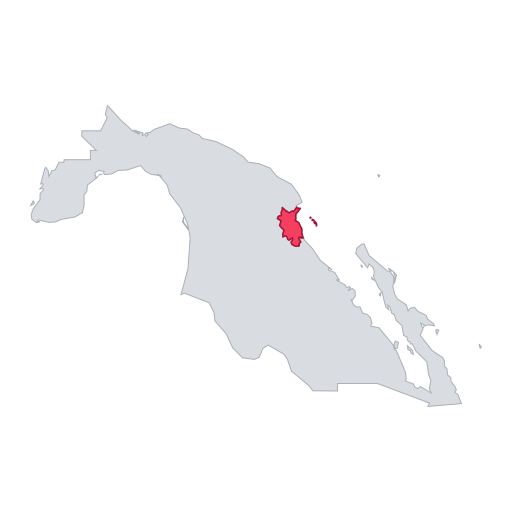 where Nayarit sits in Mexico, rotated 180°
{"feature_id": "MEX-2721", "entity_name": "Nayarit", "entity_type": "State", "adm_level": 1, "iso_a3": "MEX", "parent_name": "Mexico", "parent_adm1": "", "projection": "robinson", "projection_center": [-105.251, 21.861], "detail": "fine", "context": "in_parent", "style": "filled", "palette": "rose", "viewbox_px": 512, "rotation_deg": 180, "n_neighbors": 0, "source": "natural_earth", "source_scale": "10m", "svg_char_len": 8310}
<svg xmlns="http://www.w3.org/2000/svg" viewBox="0 0 512 512"><g transform="rotate(180 256 256)"><path d="M50.6,108.5L84.1,105.5L82.4,108.9L134.9,128.6L174.4,128.5L174.5,121.0L199.1,121.2L203.3,126.5L220.5,140.8L224.7,152.9L227.8,157.6L243.9,167.0L249.1,163.5L252.9,154.6L257.8,152.6L269.4,154.2L279.2,164.0L285.8,178.2L297.1,191.1L297.9,199.2L303.0,209.3L327.7,218.9L331.0,217.4L324.0,243.4L321.8,274.6L323.1,281.3L329.6,290.2L328.3,295.1L328.6,290.2L323.2,282.6L325.0,289.6L331.6,304.3L342.3,318.3L344.8,327.0L352.3,335.9L350.2,335.7L354.5,337.8L353.1,336.5L360.9,337.7L366.4,340.7L371.4,346.5L384.4,342.1L394.0,341.5L400.4,338.1L407.1,337.4L408.4,338.7L408.0,340.5L413.5,341.7L417.2,338.9L416.1,334.3L414.3,335.5L414.8,334.5L424.6,326.9L425.2,320.6L428.0,317.0L427.9,306.9L429.6,299.4L437.1,295.0L450.5,292.7L456.4,290.1L463.0,289.6L473.9,292.2L474.7,290.5L471.9,290.4L475.5,289.3L480.0,292.6L480.9,297.1L478.8,303.1L472.0,312.3L471.9,318.4L468.4,322.1L469.1,323.5L472.2,323.0L469.0,326.9L469.0,328.4L471.3,327.9L467.3,343.3L466.2,344.7L463.8,341.2L463.2,335.4L460.1,341.4L456.9,341.9L453.0,349.8L448.2,349.7L447.9,352.3L421.5,352.3L421.7,361.6L415.7,361.6L430.3,375.9L430.0,381.2L411.3,381.2L404.8,394.4L406.7,397.7L404.5,406.5L390.8,391.5L379.8,381.5L373.1,377.7L372.4,378.6L378.6,382.1L369.0,379.0L369.6,376.6L367.1,377.6L365.5,375.5L363.8,377.8L367.0,378.9L362.1,379.5L357.4,382.8L342.3,388.2L332.5,383.9L324.3,382.9L318.7,379.0L313.2,377.3L309.6,373.5L296.2,370.5L279.4,362.5L268.5,355.0L263.9,349.9L252.6,348.2L241.9,343.9L235.1,335.5L220.4,327.6L212.5,316.5L209.9,309.7L215.7,306.5L214.8,303.7L212.1,302.7L216.1,297.6L216.5,291.4L213.3,289.3L210.2,283.2L210.2,277.6L208.1,272.6L199.4,263.2L191.8,251.8L180.0,242.1L183.4,243.9L183.6,241.8L177.4,239.7L172.7,232.0L176.0,232.2L166.9,227.0L165.6,224.4L162.2,225.4L161.6,224.2L164.2,221.2L159.8,223.5L157.1,221.3L156.6,216.2L159.8,211.7L161.0,212.6L158.8,207.9L155.9,205.0L152.0,205.1L149.4,198.9L144.7,197.5L141.9,194.8L140.0,189.4L141.3,185.9L133.0,184.2L118.5,166.7L117.7,162.6L115.6,161.3L106.5,139.7L105.8,133.1L106.8,131.0L98.8,128.2L97.0,124.7L94.4,123.5L91.6,125.5L80.8,119.0L82.7,123.2L81.1,131.3L83.5,137.8L85.2,150.1L96.2,161.0L99.7,168.3L101.3,167.9L102.1,170.2L103.8,170.4L105.3,175.1L108.4,176.6L110.1,186.5L115.8,191.5L117.6,197.1L120.3,198.9L122.2,205.5L124.4,207.1L123.2,202.2L126.3,205.0L130.0,220.2L133.6,224.6L138.5,235.5L137.7,240.1L138.8,244.2L142.9,248.2L144.4,244.2L156.3,258.5L155.2,263.8L150.5,267.7L147.9,268.2L142.9,256.4L124.2,240.7L122.5,240.9L118.7,236.0L118.0,232.6L119.1,225.2L117.5,218.2L114.7,213.2L105.7,207.1L103.9,201.1L102.2,203.6L97.6,204.8L94.2,200.7L85.7,196.6L84.5,193.0L78.2,188.0L77.6,186.2L84.2,187.2L88.0,185.7L88.0,187.3L91.2,189.0L90.0,185.0L88.5,184.7L91.8,176.6L79.6,161.2L69.4,154.5L67.6,151.2L67.6,145.5L65.2,143.6L64.4,137.2L61.3,134.4L60.9,130.6L56.5,124.6L55.7,121.8L57.2,119.8L54.1,117.4L50.6,108.5ZM117.9,167.0L116.8,170.9L113.5,169.6L114.9,163.7L116.9,163.1L117.9,167.0ZM104.5,166.2L99.8,162.0L98.6,157.6L101.0,159.0L101.6,161.4L104.0,162.1L104.5,166.2ZM478.9,311.1L477.7,309.8L478.2,308.0L481.3,306.5L478.9,311.1ZM118.9,240.8L115.5,236.8L117.6,228.6L117.0,235.9L118.9,240.8ZM75.8,182.5L73.2,181.9L75.0,177.5L76.2,180.8L75.8,182.5ZM32.9,168.0L30.7,165.2L31.2,163.9L32.0,164.0L32.9,168.0ZM121.7,241.0L123.8,244.1L119.5,241.0L121.7,241.0ZM197.9,289.5L197.5,290.8L196.4,290.3L196.0,288.0L197.9,289.5ZM139.8,232.6L140.6,235.1L138.3,232.0L139.8,232.6ZM131.6,216.1L132.9,217.2L131.0,219.5L131.6,216.1ZM134.3,337.0L133.4,337.3L132.2,336.3L133.2,335.0L134.3,337.0ZM411.7,337.5L409.4,338.1L413.4,336.7L411.7,337.5ZM151.1,246.8L149.9,246.6L149.7,244.2L151.1,246.8Z" fill="#d9dde1" stroke="#a8b0b8" stroke-width="1"/><path d="M215.3,304.8L215.0,304.1L214.6,303.6L214.3,303.5L214.2,303.6L213.9,303.9L213.6,304.0L213.1,303.7L212.6,303.7L212.1,303.4L211.8,303.6L211.7,303.4L211.8,303.2L212.0,303.1L212.5,302.9L212.6,302.5L212.8,302.3L212.9,302.0L212.9,301.8L213.0,301.7L213.4,301.4L213.7,300.7L214.1,300.3L214.3,300.3L214.4,300.1L214.7,299.8L214.8,299.5L214.9,299.3L215.0,299.1L215.3,299.1L215.5,299.1L215.9,298.8L216.1,298.6L216.2,298.1L216.1,297.6L216.0,297.4L216.2,297.0L216.1,296.5L216.4,296.2L216.2,294.9L216.0,293.9L216.2,293.1L216.3,292.8L216.6,292.4L216.8,292.2L216.7,291.7L216.6,291.4L216.5,291.2L216.3,291.0L216.2,290.9L215.9,291.0L215.7,291.1L215.4,290.8L214.9,290.5L213.9,289.8L213.5,289.6L213.0,289.1L212.8,288.4L211.6,285.8L210.4,283.7L210.2,283.1L210.1,282.2L210.2,279.8L210.1,278.8L209.7,277.3L209.4,276.0L209.2,275.2L209.0,274.7L209.3,274.9L209.5,275.3L209.7,275.6L210.0,275.3L210.0,275.1L209.9,274.7L209.9,274.4L209.8,274.1L210.1,274.1L210.4,274.0L210.7,273.9L211.0,274.0L211.4,274.3L211.6,274.5L211.8,274.7L212.3,274.9L212.8,274.8L213.1,274.5L213.1,273.9L213.0,273.5L212.9,273.1L212.8,272.7L212.7,272.3L212.6,272.2L212.4,272.1L212.5,271.9L212.5,271.7L212.4,271.6L212.2,271.5L212.1,271.4L211.9,271.1L211.8,270.9L211.7,270.8L211.6,270.7L211.4,270.6L211.2,270.4L211.2,270.2L211.3,269.9L211.5,269.6L211.8,269.2L212.0,269.0L212.2,268.8L212.5,268.5L212.8,268.3L213.0,268.1L213.1,267.9L213.1,267.7L212.9,267.3L212.8,267.1L212.7,266.9L212.7,266.7L212.8,266.4L213.0,266.1L213.2,265.9L213.5,265.9L213.9,265.9L214.6,265.9L215.4,265.8L216.2,265.8L216.9,265.9L217.6,266.2L218.3,266.5L219.0,266.9L219.6,267.3L219.9,267.5L220.1,267.6L220.2,267.8L220.4,268.2L220.5,268.6L220.7,269.0L220.9,269.5L221.0,269.9L220.9,270.1L220.6,270.5L220.3,270.8L220.0,271.0L219.8,271.3L219.6,271.5L219.5,271.8L219.5,272.2L219.5,272.6L219.4,273.2L219.4,273.7L219.5,274.0L219.9,274.0L220.3,273.8L220.7,273.4L221.0,273.2L221.4,272.8L221.8,272.5L222.3,272.1L222.7,271.8L223.0,271.8L223.4,272.1L223.9,272.4L224.2,272.6L224.3,272.8L224.4,273.0L224.5,273.2L224.5,273.4L224.6,274.0L224.8,274.5L225.0,275.0L225.4,275.4L225.7,275.6L226.1,275.9L226.6,276.1L226.9,276.1L227.4,275.9L228.0,275.6L228.5,275.4L229.0,275.1L229.1,275.8L229.1,276.4L229.2,277.1L229.3,277.7L229.3,277.9L229.2,278.2L229.1,278.4L229.1,278.6L228.9,279.2L228.7,279.7L228.5,280.3L228.3,280.8L228.1,281.3L228.1,281.6L228.1,281.9L228.4,282.2L229.0,282.7L229.6,283.3L230.1,283.8L230.7,284.4L231.1,284.9L231.6,285.4L232.0,286.0L232.4,286.6L232.3,286.8L232.2,287.3L232.0,287.8L231.9,288.1L231.8,288.3L231.7,288.6L231.7,288.9L231.6,289.1L231.5,289.7L231.3,290.1L231.1,290.5L230.8,291.0L231.7,291.6L232.7,292.2L233.6,292.8L234.5,293.3L234.4,293.5L234.3,293.8L234.3,294.5L234.3,294.8L234.1,295.1L233.2,295.9L233.0,296.1L232.6,296.2L231.5,296.2L231.0,296.3L230.9,296.3L230.7,296.6L230.6,296.8L230.6,297.1L230.7,297.5L230.8,297.8L230.8,298.1L230.9,298.4L230.9,298.7L230.9,298.8L230.9,299.0L230.9,299.3L230.8,299.7L230.8,300.0L230.6,300.3L230.5,300.5L230.4,300.8L230.1,301.4L229.9,301.9L229.8,302.3L229.8,302.9L229.8,303.2L229.8,303.4L229.8,303.7L229.8,303.9L229.8,304.1L229.8,304.3L229.7,304.4L229.4,304.2L229.1,304.0L228.8,303.8L228.6,303.6L228.4,303.2L228.1,303.0L227.8,302.8L227.5,302.6L227.2,302.4L227.0,302.2L226.8,301.9L226.6,301.5L226.3,301.1L226.0,300.9L225.7,300.9L225.2,300.9L224.9,300.8L224.6,300.7L224.4,300.4L224.2,300.2L223.9,299.9L223.7,299.7L223.4,299.4L223.2,299.3L222.9,299.3L222.8,299.2L222.7,299.2L222.4,299.3L221.8,299.7L221.2,300.3L220.6,300.7L219.8,300.8L219.7,300.8L219.4,300.8L219.2,300.9L219.1,301.0L219.0,300.9L218.9,300.9L218.9,300.7L218.6,300.6L218.1,300.9L217.7,301.4L217.3,301.9L217.0,302.5L216.6,303.0L216.3,303.5L215.9,304.0L215.6,304.6L215.3,304.8ZM197.8,289.7L197.7,289.8L197.8,290.0L197.7,290.2L197.7,290.3L197.5,290.5L197.4,290.5L197.4,290.4L197.2,290.2L196.7,290.0L196.1,289.6L196.1,289.4L196.0,289.2L195.9,289.0L195.8,288.8L195.7,288.7L195.8,288.6L195.8,288.4L195.8,288.2L195.7,288.1L195.9,288.0L196.2,288.1L196.5,288.1L197.3,288.5L197.5,288.7L197.5,288.8L197.4,289.0L197.6,289.2L197.7,289.4L197.8,289.5L197.8,289.7ZM199.3,291.6L199.6,291.6L199.8,291.6L199.8,291.8L199.9,292.0L199.7,292.2L199.6,292.4L199.6,292.6L199.4,292.6L199.0,292.4L198.8,292.3L198.6,292.1L198.3,292.1L198.1,291.8L198.4,291.6L198.5,291.4L198.9,291.4L199.0,291.5L199.3,291.6ZM201.9,294.1L201.9,294.5L201.7,294.7L201.6,294.8L201.3,294.6L201.1,294.4L201.4,294.0L201.7,294.1L201.8,294.0L201.9,294.1ZM195.6,286.7L195.6,286.8L195.7,287.1L195.7,287.3L195.4,287.5L195.3,287.2L195.4,286.7L195.5,286.8L195.6,286.7Z" fill="#f43f5e" stroke="#9f1239" stroke-width="1.5"/></g></svg>